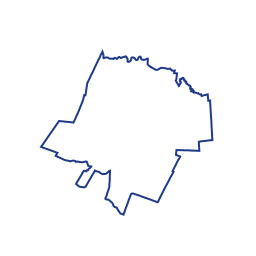 Morteni, Dâmbovita, Romania (Natural Earth projection), rotated 334°
{"feature_id": "2599482B842172523344", "entity_name": "Morteni", "entity_type": "district", "adm_level": 2, "iso_a3": "ROU", "parent_name": "Romania", "parent_adm1": "Dâmbovita", "projection": "natural_earth1", "projection_center": [25.227, 44.65], "detail": "fine", "context": "isolated", "style": "outline", "palette": "blue", "viewbox_px": 256, "rotation_deg": 334, "n_neighbors": 0, "source": "geoboundaries", "source_scale": "gbopen_adm2", "svg_char_len": 5566}
<svg xmlns="http://www.w3.org/2000/svg" viewBox="0 0 256 256"><g transform="rotate(334 128 128)"><path d="M82.1,154.2L82.4,154.5L82.7,154.8L83.3,156.0L83.8,156.9L84.3,157.4L84.6,158.0L85.1,158.5L85.7,158.6L86.1,158.7L88.0,159.5L88.9,159.4L92.3,158.4L92.7,158.4L93.1,158.5L90.9,162.6L89.6,165.1L89.4,165.4L89.0,166.3L88.5,167.3L85.9,171.7L85.9,171.8L85.6,172.5L85.1,173.0L84.2,174.1L83.8,174.4L83.3,175.0L80.8,177.4L79.1,179.4L78.1,180.3L77.4,180.8L76.9,181.2L76.6,181.8L76.7,182.1L76.8,182.3L77.5,182.9L79.1,183.9L81.1,188.5L81.1,190.3L81.0,190.7L80.8,191.5L80.9,191.8L81.4,193.2L82.9,194.4L82.8,194.8L83.1,195.5L82.9,196.0L82.9,196.4L83.1,197.4L83.3,198.9L83.5,199.7L83.5,200.2L83.5,200.9L83.7,201.4L86.0,203.9L87.4,202.4L88.6,201.4L90.6,199.3L95.1,195.1L97.1,193.0L98.1,192.2L100.1,190.2L101.9,188.6L102.4,188.6L103.7,189.0L105.6,190.8L109.9,195.1L111.0,196.3L114.2,199.5L116.9,202.3L122.0,207.7L122.2,207.8L122.9,207.4L123.8,206.5L132.2,200.1L133.7,198.8L134.5,198.3L139.4,194.8L144.8,190.8L149.7,187.4L149.1,186.4L151.8,184.3L155.9,181.2L159.2,178.6L159.5,178.4L160.1,178.2L160.9,177.7L162.4,176.5L161.3,175.2L160.2,174.1L159.3,173.3L159.3,173.2L159.9,172.2L161.9,169.1L162.5,169.4L166.8,171.6L169.3,173.0L172.1,174.3L172.8,174.8L182.1,179.8L182.9,178.0L182.9,177.8L183.2,177.2L184.2,174.8L184.4,174.5L184.4,174.2L185.4,171.9L185.6,171.4L185.9,171.4L191.5,173.3L191.9,173.6L192.3,173.6L196.4,175.0L198.5,175.9L204.8,160.9L206.3,157.5L209.4,149.8L210.0,148.4L213.7,139.5L213.8,139.3L212.1,138.7L214.4,132.7L213.5,132.5L212.4,132.3L209.4,131.6L208.2,131.6L208.1,131.4L208.4,129.7L207.8,129.6L207.5,129.4L207.0,129.0L206.8,128.6L206.6,127.9L206.5,127.6L206.1,127.5L205.7,127.4L205.5,127.2L205.2,126.7L204.8,126.3L204.2,125.8L203.0,125.3L202.6,125.0L202.5,124.8L202.6,124.7L203.4,123.6L203.4,123.4L203.1,123.0L202.7,123.1L202.2,123.4L201.6,123.2L200.8,122.8L200.7,122.5L200.8,122.4L201.3,122.1L201.9,121.9L202.1,122.1L202.5,122.0L202.9,121.8L203.0,121.6L202.9,121.4L202.4,120.5L202.1,120.2L201.4,120.3L201.1,120.1L201.0,119.8L201.1,119.5L201.3,119.4L202.3,118.5L202.4,118.4L202.5,118.1L202.4,117.4L202.2,117.0L201.8,117.0L201.6,116.9L201.4,116.2L201.2,115.8L201.1,115.6L200.8,115.1L200.7,114.6L200.4,114.4L200.3,114.1L199.9,113.5L199.9,113.3L199.9,113.2L200.6,112.5L200.7,112.3L200.7,112.0L200.5,111.5L200.3,111.3L199.7,111.2L199.5,110.9L199.8,110.6L200.0,109.9L199.9,109.8L199.5,109.6L199.4,109.5L199.4,109.4L199.8,109.2L199.7,108.4L199.7,108.2L199.8,107.9L199.8,107.6L199.4,107.0L198.9,106.8L198.4,107.0L197.9,107.5L197.4,107.5L197.1,107.5L197.1,107.2L196.8,107.2L196.7,107.0L196.5,106.9L196.3,106.9L195.6,107.7L195.2,108.7L195.3,109.0L195.5,109.2L195.4,109.3L195.6,109.5L195.6,109.8L195.5,110.0L195.1,110.4L194.9,110.8L194.5,110.9L193.9,111.3L193.4,111.5L193.3,111.8L193.0,112.1L192.7,112.3L192.2,112.5L192.2,112.3L191.9,109.1L191.7,106.4L192.7,105.6L196.0,100.4L193.5,98.9L195.2,96.9L194.3,96.6L193.8,96.4L192.7,95.7L192.7,95.0L192.6,94.8L191.9,94.1L192.0,93.3L191.9,93.1L189.4,92.2L188.5,91.3L187.8,90.7L185.4,89.1L183.8,88.4L183.5,88.4L182.9,88.4L180.3,88.7L180.1,88.6L178.6,88.0L176.8,85.4L176.0,84.6L175.7,83.5L175.6,83.4L175.1,83.2L174.3,81.3L174.0,80.9L173.7,80.1L173.6,79.5L173.6,79.3L173.7,79.0L176.2,74.5L176.2,74.3L175.9,74.2L175.4,74.1L173.5,74.1L172.7,73.9L172.1,73.7L170.3,72.4L170.2,72.1L170.2,71.5L170.5,70.2L170.5,69.7L170.4,69.3L170.3,69.2L170.0,69.1L169.4,69.0L168.6,69.3L167.8,69.8L167.3,70.3L166.5,70.8L165.8,70.8L165.5,70.7L165.2,70.5L164.9,70.0L164.7,69.4L164.7,68.8L164.6,68.1L164.5,67.9L163.6,66.9L163.2,66.6L162.5,66.4L162.0,66.4L161.6,66.7L160.6,68.2L159.6,68.7L158.7,68.9L158.4,69.0L158.1,69.0L157.3,68.7L156.8,68.2L156.8,67.8L157.8,66.1L158.0,65.7L158.0,65.3L157.8,64.7L157.6,64.4L157.8,64.0L157.8,63.6L157.7,63.2L157.5,62.7L157.3,62.5L156.3,62.6L156.1,62.6L155.3,62.1L153.0,62.0L152.4,62.0L152.1,61.9L151.5,60.5L151.1,60.2L150.7,60.2L149.3,60.8L148.3,61.0L148.1,61.0L147.8,60.2L147.1,59.3L146.4,59.1L146.2,59.2L145.5,59.5L145.2,59.5L143.8,58.5L142.2,57.8L141.8,57.5L141.4,57.0L141.0,56.1L140.4,55.7L139.5,55.0L138.6,54.8L137.0,54.7L136.8,54.6L136.7,54.3L136.6,54.1L137.8,52.0L138.0,51.3L138.4,48.8L138.5,48.2L135.0,50.8L133.2,52.4L131.1,53.9L129.8,55.1L129.1,55.4L127.2,57.1L126.5,57.5L125.9,58.2L125.3,58.5L121.5,61.7L117.3,64.9L111.8,69.3L111.0,69.9L107.3,75.3L106.0,77.3L104.1,79.9L103.6,79.4L103.3,79.2L103.1,79.2L100.2,82.7L98.7,84.3L96.1,86.6L90.3,91.9L88.1,93.8L87.9,93.8L85.2,96.2L81.3,99.2L77.7,96.8L69.1,91.5L60.7,96.2L52.2,100.9L50.2,102.1L46.9,103.9L41.6,106.9L43.1,108.5L49.8,115.3L51.2,116.8L53.7,119.4L50.8,121.3L53.4,124.5L55.0,126.4L56.4,128.2L56.8,128.7L58.5,130.2L59.8,131.1L61.1,132.3L61.6,132.7L62.1,132.8L63.3,132.9L64.2,133.2L65.2,133.7L65.6,134.0L66.2,134.6L66.2,134.8L66.2,135.1L66.2,135.4L66.3,135.6L66.6,135.7L67.5,136.0L67.9,136.0L68.3,136.2L68.9,136.7L69.2,137.1L69.5,137.4L70.8,138.0L71.6,138.7L72.1,138.9L72.7,138.9L73.5,139.1L74.2,139.4L75.0,139.6L75.4,139.6L75.7,139.7L76.0,140.0L76.2,140.9L76.1,141.9L75.6,144.4L75.8,144.6L76.5,145.3L76.9,145.6L77.4,146.0L77.9,146.3L78.1,146.5L77.9,146.7L77.5,146.8L76.7,147.2L76.0,147.4L75.1,147.4L74.7,147.5L74.0,148.0L73.9,148.3L73.7,148.4L72.6,148.0L72.3,148.1L71.6,148.7L71.0,148.3L69.9,147.3L69.6,147.2L69.4,147.2L68.9,147.4L67.8,148.2L66.7,148.8L66.4,149.1L66.3,149.3L56.9,155.3L56.8,155.5L58.3,158.9L58.5,159.2L59.1,159.8L62.5,162.1L62.9,162.2L63.6,162.0L64.1,162.2L66.2,160.8L66.3,160.7L72.4,156.6L73.3,156.1L74.0,155.5L79.0,152.3L79.5,151.7L80.1,152.5L80.3,152.8L81.2,153.5L81.8,154.1L82.1,154.2Z" fill="none" stroke="#1e3a8a" stroke-width="2"/></g></svg>